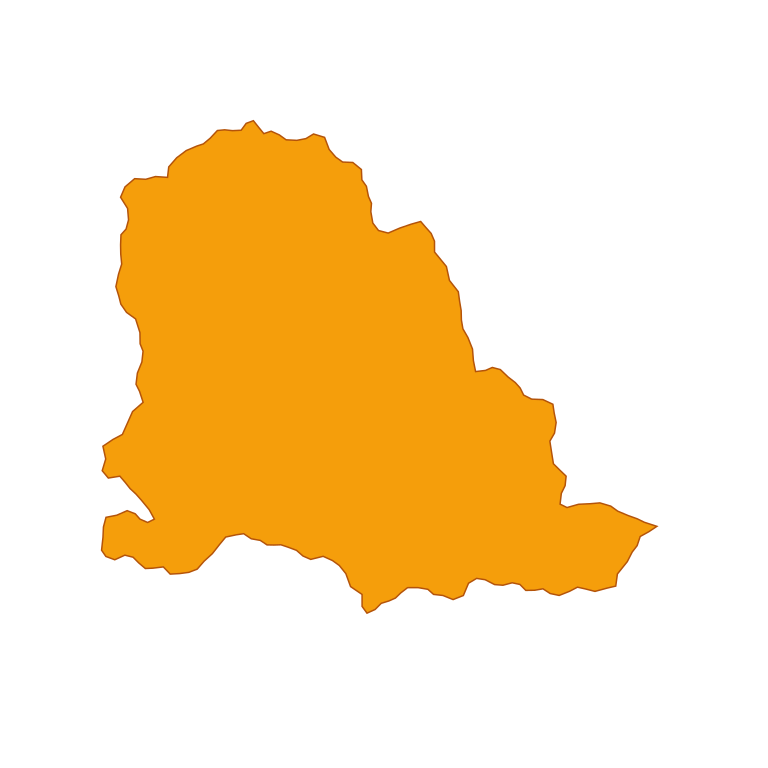 Nova Serrana, Minas Gerais, Brazil (Natural Earth projection), rotated 192°
{"feature_id": "56859067B56577465967260", "entity_name": "Nova Serrana", "entity_type": "district", "adm_level": 2, "iso_a3": "BRA", "parent_name": "Brazil", "parent_adm1": "Minas Gerais", "projection": "natural_earth1", "projection_center": [-44.98, -19.859], "detail": "fine", "context": "isolated", "style": "filled", "palette": "amber", "viewbox_px": 768, "rotation_deg": 192, "n_neighbors": 0, "source": "geoboundaries", "source_scale": "gbopen_adm2", "svg_char_len": 2652}
<svg xmlns="http://www.w3.org/2000/svg" viewBox="0 0 768 768"><g transform="rotate(192 384 384)"><path d="M87.5,301.5L100.7,302.9L108.3,304.8L117.9,306.1L128.9,308.2L136.8,311.7L148.1,312.6L157.3,309.8L168.7,306.8L179.3,301.2L186.8,303.1L187.8,313.9L185.7,322.2L186.7,331.7L194.4,336.5L201.7,341.2L205.9,352.1L209.9,362.6L207.0,371.4L207.6,382.1L211.5,391.0L214.6,399.3L225.4,401.8L236.4,399.9L245.1,402.2L250.0,408.4L255.9,412.7L264.0,416.6L273.2,422.3L281.5,422.7L287.5,418.4L297.0,415.2L301.4,425.4L304.7,436.6L311.5,446.8L318.3,454.4L321.6,462.7L323.8,471.9L327.2,480.5L330.5,489.7L341.5,498.9L347.4,511.9L354.4,517.5L362.0,523.6L364.3,534.2L369.2,541.1L376.4,546.4L381.9,550.6L390.8,545.9L401.0,539.8L411.3,532.5L421.3,533.0L428.4,539.1L432.7,549.8L433.8,558.1L438.2,564.2L442.3,573.7L448.1,579.1L450.7,589.1L460.6,594.2L470.6,592.5L478.4,595.9L486.4,602.0L493.4,612.9L504.9,613.9L511.4,607.8L519.9,604.2L530.5,602.5L538.2,605.9L547.0,607.8L553.6,603.9L559.6,608.7L566.5,614.4L573.0,610.3L576.5,602.5L584.9,600.3L592.7,599.5L599.7,597.3L605.1,588.3L610.6,581.3L616.6,577.8L626.0,571.2L633.8,562.2L639.7,551.6L638.7,541.1L650.7,539.4L659.6,534.7L670.6,533.0L678.3,523.0L680.5,511.9L671.3,502.4L668.0,491.4L668.5,481.9L672.3,475.3L670.6,465.4L668.5,456.3L665.5,446.8L666.5,436.3L666.5,423.5L661.7,414.9L658.0,407.4L650.7,400.5L640.5,396.0L633.4,383.5L630.9,372.6L626.5,366.0L625.4,355.2L627.5,343.4L626.5,332.2L621.6,326.0L615.8,316.0L624.2,304.8L626.8,292.5L629.4,280.3L637.6,273.4L646.0,264.7L640.6,252.8L641.6,240.6L634.1,234.7L623.2,238.9L616.5,233.8L610.6,228.9L603.6,224.7L597.0,219.8L587.6,212.3L580.5,204.1L586.4,199.4L594.6,201.1L600.3,205.3L608.9,206.7L618.1,200.1L628.2,195.8L628.7,185.8L627.0,175.5L625.7,162.7L620.2,157.5L610.8,156.1L601.9,162.7L593.4,162.4L586.7,158.0L579.1,153.9L571.8,155.8L561.8,159.2L553.6,153.6L544.4,156.1L535.7,159.2L528.2,164.1L523.1,173.3L516.6,182.4L511.5,192.8L507.0,201.4L497.1,205.8L490.1,208.4L481.7,205.0L472.5,205.3L465.0,202.3L458.2,203.6L451.4,205.3L444.4,204.5L435.0,203.1L427.5,198.9L419.2,197.2L407.7,202.8L397.7,200.6L390.0,197.2L381.9,190.6L374.6,178.9L361.7,173.6L359.2,161.9L353.0,156.3L345.8,161.6L341.1,168.9L334.1,172.8L328.3,177.0L324.2,183.1L318.6,189.7L308.4,191.9L298.4,192.3L291.8,188.5L282.4,189.4L271.6,187.5L262.4,193.6L259.9,206.7L253.0,213.1L244.4,213.6L234.1,210.8L225.8,211.9L217.3,216.2L209.4,216.2L202.4,211.6L193.7,213.6L185.9,216.7L177.9,213.6L168.7,213.6L159.4,219.8L152.5,225.5L144.1,225.4L134.5,225.0L123.2,230.8L115.3,234.5L116.2,246.7L109.1,260.8L106.3,271.2L102.8,278.5L101.7,288.1L94.1,294.7L87.5,301.5Z" fill="#f59e0b" stroke="#b45309" stroke-width="1.5"/></g></svg>